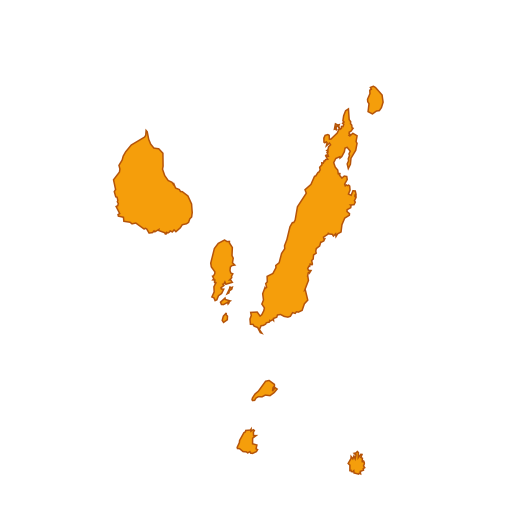 outline of Romblon, Romblon, Philippines, rotated 194°
{"feature_id": "2640588B50983171828902", "entity_name": "Romblon", "entity_type": "district", "adm_level": 2, "iso_a3": "PHL", "parent_name": "Philippines", "parent_adm1": "Romblon", "projection": "equal_earth", "projection_center": [122.122, 12.497], "detail": "fine", "context": "isolated", "style": "filled", "palette": "amber", "viewbox_px": 512, "rotation_deg": 194, "n_neighbors": 0, "source": "geoboundaries", "source_scale": "gbopen_adm2", "svg_char_len": 6102}
<svg xmlns="http://www.w3.org/2000/svg" viewBox="0 0 512 512"><g transform="rotate(194 256 256)"><path d="M231.6,182.5L234.9,185.4L234.2,189.6L232.1,190.4L230.2,192.2L229.8,193.7L227.1,195.1L227.0,196.8L226.2,196.5L224.3,198.3L223.4,197.7L224.0,199.6L221.1,201.6L220.9,204.0L218.0,205.2L214.1,204.2L210.3,204.4L208.1,205.8L206.8,209.9L204.1,209.8L203.3,211.6L201.3,211.8L198.1,214.4L197.5,221.3L195.1,225.7L199.9,234.9L200.5,234.4L199.2,245.0L200.9,249.0L201.1,248.3L201.2,252.5L200.2,253.3L199.9,252.7L199.1,255.2L201.6,254.8L202.8,256.4L202.2,258.9L201.4,258.9L201.5,261.3L199.6,261.0L199.3,261.8L200.9,265.1L199.8,266.9L200.4,271.0L198.3,273.3L199.2,275.2L199.3,277.8L196.7,281.1L196.5,285.7L196.3,284.9L193.9,287.0L193.5,289.1L194.1,288.7L195.1,290.6L191.3,294.8L191.4,296.2L191.1,295.0L187.2,295.5L185.7,294.1L184.1,296.8L183.1,294.3L182.2,297.2L179.3,299.9L180.2,307.1L179.1,314.2L175.3,318.1L175.5,319.7L178.5,321.2L178.8,323.0L175.8,325.8L176.0,327.9L176.7,328.3L173.3,329.5L172.7,332.3L173.9,333.4L173.1,337.0L173.5,338.4L173.9,337.3L174.5,337.8L174.7,339.2L173.9,340.1L175.4,343.1L177.7,342.8L178.4,337.9L181.3,338.5L180.7,342.7L182.0,346.5L183.3,347.2L184.3,346.4L185.7,346.8L186.4,345.7L187.4,347.2L186.0,352.3L187.2,355.1L189.7,354.9L191.5,352.4L194.4,354.5L194.6,357.0L194.8,355.7L196.0,355.6L197.5,359.1L200.7,361.5L203.2,365.4L202.2,369.9L198.7,372.6L198.2,371.3L196.8,373.2L195.5,378.5L195.7,382.2L193.9,383.5L189.9,380.5L190.5,377.5L189.6,376.1L190.0,372.7L189.2,370.7L189.8,367.4L187.6,363.2L186.6,367.8L187.5,373.9L184.8,382.7L185.2,389.7L186.6,391.3L187.0,397.1L191.7,398.5L194.0,395.2L195.0,395.6L194.2,396.8L195.3,397.3L195.5,398.8L194.1,399.9L192.7,403.4L193.8,403.6L194.8,406.2L196.3,407.3L196.6,409.2L198.6,410.9L201.9,421.1L204.2,418.6L204.9,413.3L204.4,408.2L203.0,407.3L204.1,405.7L202.7,405.1L202.9,402.6L204.4,402.4L204.0,400.5L205.0,399.3L206.0,400.5L206.9,395.0L211.6,387.5L213.0,387.1L214.2,390.8L215.7,391.2L218.1,389.8L218.7,386.9L217.6,382.9L216.6,382.5L215.4,383.8L214.4,383.0L214.4,379.9L212.0,383.3L210.5,381.9L212.0,379.5L211.9,376.7L212.8,375.5L211.6,375.3L212.0,373.8L211.4,373.9L211.6,373.0L209.9,370.3L211.3,370.0L212.3,370.9L212.7,370.1L209.8,367.2L211.8,366.4L212.2,364.8L212.9,364.8L213.1,362.5L214.7,362.3L214.1,360.4L215.7,357.5L214.6,355.1L215.3,352.6L216.1,352.0L217.4,348.1L218.5,347.5L220.0,338.7L224.5,332.2L222.4,329.1L227.7,313.8L226.7,300.2L227.5,297.6L228.8,297.2L230.1,292.6L230.0,279.3L230.8,272.9L229.9,270.0L231.8,264.7L231.9,255.1L234.5,251.6L233.8,249.4L235.4,243.1L240.3,238.9L238.8,233.7L239.9,231.6L238.1,228.2L239.3,226.6L239.7,227.2L240.4,221.0L238.1,215.1L238.7,210.8L235.3,207.7L235.2,204.8L236.2,200.4L237.5,198.7L241.3,201.9L247.5,200.0L246.2,197.1L246.6,193.4L244.9,188.4L242.3,188.9L240.9,187.5L237.1,187.0L233.3,182.7L231.6,182.5ZM365.3,252.4L362.0,253.7L361.0,255.7L360.0,255.0L356.7,258.2L356.7,257.2L350.3,256.5L349.3,255.4L348.4,255.8L348.7,257.6L348.1,256.5L348.2,257.3L347.1,257.0L345.7,258.4L345.3,259.6L343.0,259.1L341.8,261.5L339.6,260.2L336.3,265.0L335.1,268.5L331.2,270.5L329.6,272.3L329.2,276.1L327.9,278.3L328.4,282.7L331.1,290.9L336.6,297.8L343.1,300.6L344.8,300.3L346.5,301.9L350.5,302.5L353.1,306.0L353.2,305.3L355.4,307.2L359.5,308.0L364.0,311.9L367.7,317.6L367.9,320.7L371.2,333.2L376.3,336.5L381.2,336.0L385.3,339.1L388.3,343.2L391.6,350.2L393.0,351.2L392.2,346.5L392.9,344.4L403.9,333.5L407.7,325.5L409.0,320.8L409.1,316.7L410.9,310.8L409.1,307.5L408.8,304.4L412.7,295.5L408.3,286.5L409.1,284.2L406.4,279.5L405.0,279.4L403.5,276.5L403.7,275.1L402.3,273.6L402.3,271.4L403.7,270.2L398.5,264.2L399.9,262.8L399.2,261.4L394.0,261.5L392.6,257.7L386.4,258.3L384.1,257.2L380.6,258.9L371.1,255.1L370.1,256.1L368.5,255.7L365.3,252.4ZM284.9,202.8L283.4,204.0L282.8,208.4L280.3,211.3L279.3,216.0L281.6,215.6L282.3,216.7L280.0,219.6L281.3,220.6L280.4,221.1L279.9,223.3L278.4,221.3L272.6,224.7L274.9,226.7L275.8,226.4L274.3,229.1L274.9,230.6L274.2,233.1L276.4,233.4L277.8,235.8L278.2,239.0L277.2,240.8L274.4,242.1L277.2,243.7L277.6,248.4L279.4,250.6L281.0,258.5L285.0,262.3L285.3,263.7L287.6,263.0L290.4,263.9L295.7,259.1L298.2,253.2L298.2,238.1L296.7,234.6L292.1,230.7L291.7,229.0L292.4,226.5L293.3,225.9L291.4,223.6L292.1,222.4L290.1,222.7L290.0,220.6L289.3,220.0L288.7,220.6L288.4,220.4L289.4,216.0L287.9,211.0L288.9,205.6L286.7,205.2L284.9,202.8ZM216.4,62.9L214.6,64.7L213.5,63.4L211.6,63.6L208.3,66.3L207.6,68.5L209.3,68.9L209.4,72.8L213.9,73.0L215.2,78.4L212.5,81.7L214.9,81.1L215.9,84.3L215.4,86.3L216.6,86.8L218.5,84.8L218.9,86.9L219.4,85.7L223.7,84.3L223.8,82.8L225.0,81.6L227.3,73.1L227.0,70.8L228.0,65.7L227.4,64.7L225.4,65.1L221.2,63.1L217.9,63.6L216.4,62.9ZM182.2,423.2L177.4,422.0L174.2,425.8L171.5,426.9L170.2,430.3L169.9,436.0L172.6,442.7L180.8,448.4L183.2,449.1L185.8,447.2L184.4,445.7L185.7,444.4L184.7,441.1L185.7,435.0L184.9,432.7L183.2,431.1L182.2,423.2ZM224.4,114.9L222.4,115.6L221.6,118.2L219.6,120.1L216.1,120.8L213.3,123.3L208.6,123.9L205.3,127.9L203.3,132.0L205.7,132.9L207.3,128.8L207.6,132.5L206.6,134.3L207.1,135.9L213.2,138.4L216.4,136.8L221.0,125.4L223.6,121.8L225.1,117.4L225.1,115.6L224.4,114.9ZM108.4,69.2L103.7,69.2L103.2,70.2L101.8,69.9L102.7,72.2L99.9,74.2L100.5,75.7L99.3,76.9L100.9,78.3L100.6,80.6L101.2,82.3L102.9,82.2L102.5,83.1L103.4,83.0L103.8,85.5L105.5,85.9L105.1,89.1L106.3,89.0L108.0,85.0L109.0,90.0L110.4,90.8L111.2,89.2L113.0,88.3L110.8,87.2L110.7,83.2L112.6,85.7L113.0,82.6L115.2,84.4L114.8,82.5L116.4,77.0L114.3,75.8L113.0,70.5L111.9,71.0L111.4,69.9L110.0,70.0L109.2,71.3L108.4,69.2ZM277.8,200.6L275.8,201.0L272.3,204.2L271.5,202.7L270.8,204.2L271.4,204.9L270.1,206.2L275.3,206.4L275.9,207.7L279.3,202.6L277.8,200.6ZM271.4,183.7L268.4,187.2L269.1,190.7L271.0,192.0L271.0,193.6L273.1,189.8L273.2,187.7L273.2,185.3L271.4,183.7ZM273.7,218.2L274.9,212.3L273.4,213.6L273.4,215.8L271.5,217.9L271.4,220.0L273.1,218.9L273.9,220.1L273.7,218.2ZM210.6,398.0L209.1,399.0L209.4,400.8L208.7,402.1L207.4,401.1L207.0,403.6L208.4,402.9L210.9,403.5L210.6,398.0ZM209.4,398.1L208.5,397.8L208.0,399.0L208.6,398.2L209.4,398.1Z" fill="#f59e0b" stroke="#b45309" stroke-width="1.5"/></g></svg>